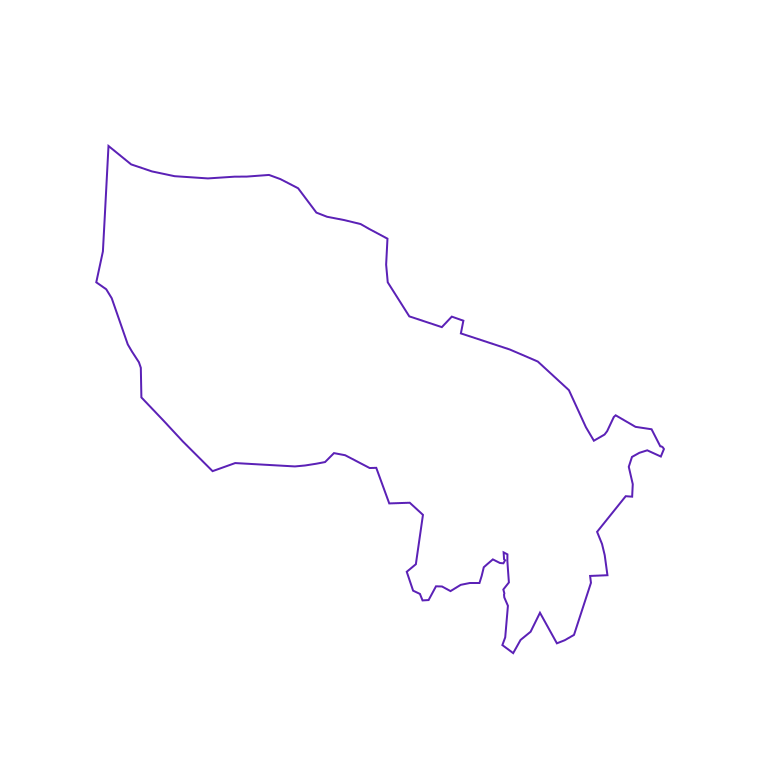 Guzamala, Borno, Nigeria, rotated 348°
{"feature_id": "59680162B36028411577107", "entity_name": "Guzamala", "entity_type": "district", "adm_level": 2, "iso_a3": "NGA", "parent_name": "Nigeria", "parent_adm1": "Borno", "projection": "equal_earth", "projection_center": [13.284, 12.86], "detail": "fine", "context": "isolated", "style": "outline", "palette": "violet", "viewbox_px": 768, "rotation_deg": 348, "n_neighbors": 0, "source": "geoboundaries", "source_scale": "gbopen_adm2", "svg_char_len": 1617}
<svg xmlns="http://www.w3.org/2000/svg" viewBox="0 0 768 768"><g transform="rotate(348 384 384)"><path d="M639.7,512.5L644.3,505.8L643.6,504.0L642.5,502.8L641.3,502.4L636.3,483.9L621.1,478.2L604.1,462.8L601.9,464.1L592.4,476.6L589.2,479.3L577.5,483.1L572.5,468.2L563.6,428.5L539.1,394.0L514.2,376.4L469.7,350.5L474.8,338.6L464.3,332.2L452.4,340.4L422.8,323.1L408.8,285.3L410.9,267.7L417.6,242.6L401.8,229.3L394.4,222.7L379.2,215.4L363.1,208.6L353.5,202.3L340.7,174.7L325.2,162.0L315.0,155.6L293.0,152.6L280.7,150.1L254.5,146.3L222.4,137.2L201.2,127.8L182.3,116.6L164.0,93.9L146.3,159.9L136.6,195.9L123.7,224.7L132.0,233.6L135.5,243.5L141.6,292.0L144.3,300.1L148.8,311.8L149.5,317.6L143.9,346.7L160.6,373.8L175.3,398.4L198.2,433.6L222.0,430.4L279.7,446.1L289.9,447.3L301.2,447.9L310.1,448.1L320.7,441.2L331.2,445.6L352.5,463.2L359.0,464.4L361.6,482.8L364.3,501.9L384.5,505.5L394.9,520.1L384.2,549.2L380.0,560.6L377.7,566.9L373.7,569.0L367.2,572.4L369.5,592.2L375.5,596.8L376.7,603.7L382.7,604.6L392.8,592.7L398.6,594.1L406.0,600.4L417.3,596.4L426.7,596.5L436.0,598.5L439.6,592.1L443.5,584.0L447.2,581.9L454.0,578.2L460.2,583.2L463.5,584.2L465.8,581.6L465.0,580.3L466.0,573.6L469.3,576.3L467.9,582.6L466.7,591.0L464.9,604.1L458.0,609.8L458.2,613.8L457.6,615.0L457.3,617.8L459.1,626.7L449.9,657.0L445.5,664.0L454.4,674.1L464.4,662.7L475.9,656.8L489.0,640.2L499.2,673.6L507.5,672.2L517.7,668.9L545.1,621.5L545.7,614.6L562.8,617.5L564.3,597.3L564.0,585.8L561.7,572.9L597.1,544.0L603.3,545.8L606.5,533.7L606.2,515.9L611.4,506.9L619.5,504.4L627.7,503.6L639.7,512.5Z" fill="none" stroke="#5b21b6" stroke-width="2"/></g></svg>